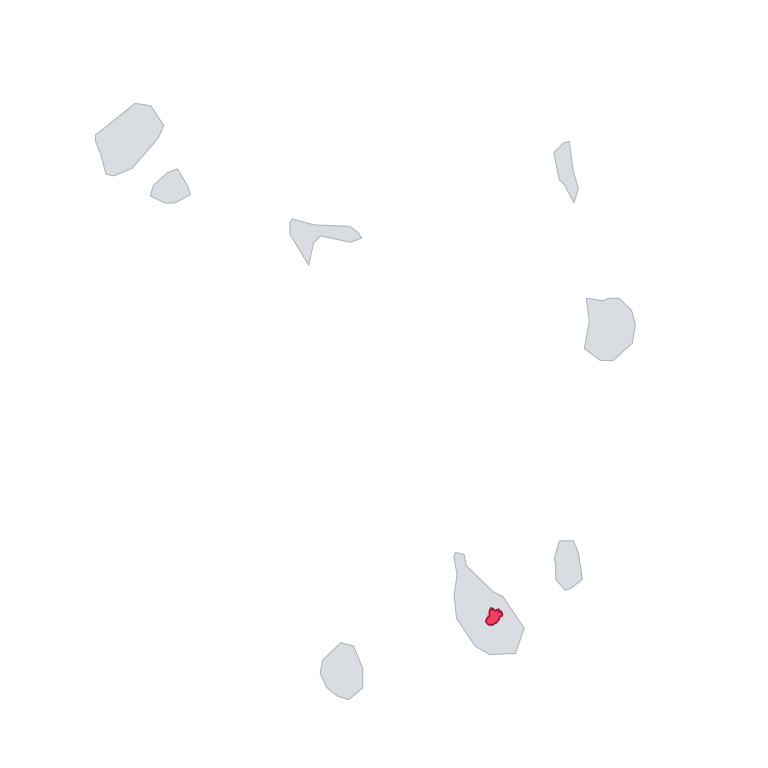 Sao Lourenco Dos Orgaos, São Salvador do Mundo, Cabo Verde shown in context, rotated 353°
{"feature_id": "66160863B72941798312267", "entity_name": "Sao Lourenco Dos Orgaos", "entity_type": "district", "adm_level": 2, "iso_a3": "CPV", "parent_name": "Cabo Verde", "parent_adm1": "São Salvador do Mundo", "projection": "equal_earth", "projection_center": [-23.584, 15.067], "detail": "fine", "context": "in_parent", "style": "filled", "palette": "rose", "viewbox_px": 768, "rotation_deg": 353, "n_neighbors": 0, "source": "geoboundaries", "source_scale": "gbopen_adm2", "svg_char_len": 4558}
<svg xmlns="http://www.w3.org/2000/svg" viewBox="0 0 768 768"><g transform="rotate(353 384 384)"><path d="M493.4,643.4L481.7,667.4L456.0,665.5L442.8,655.6L427.4,625.5L427.9,602.2L433.3,582.0L432.3,564.5L434.5,559.9L442.5,562.9L443.7,574.7L467.1,603.6L475.8,609.2L493.4,643.4ZM160.2,139.2L141.4,144.5L133.5,141.9L130.9,121.3L127.2,107.7L128.1,101.7L171.3,75.1L186.5,79.5L197.0,100.7L189.8,112.5L160.2,139.2ZM595.2,323.4L611.3,328.1L617.4,326.4L627.7,327.4L638.7,341.1L640.8,355.6L635.4,373.8L614.0,388.7L601.7,386.9L587.2,373.3L595.5,346.5L595.2,323.4ZM325.8,683.0L310.7,692.9L300.2,688.6L290.2,678.3L285.4,663.4L289.3,650.7L309.7,635.5L321.8,640.4L328.3,663.9L325.8,683.0ZM369.0,223.3L377.0,230.9L379.6,236.4L367.8,239.2L339.0,229.3L331.3,235.4L323.7,256.9L309.1,224.3L310.1,212.4L313.2,208.9L333.6,217.5L369.0,223.3ZM544.2,609.8L538.8,610.8L530.7,599.1L532.5,582.8L531.6,578.5L538.8,561.2L552.8,562.7L556.4,575.5L557.1,602.1L544.2,609.8ZM214.7,172.5L198.9,178.7L189.1,177.9L175.0,168.8L179.4,158.8L194.7,147.8L205.3,145.5L213.8,165.1L214.7,172.5ZM600.7,213.8L594.6,227.1L587.0,207.5L582.9,202.9L580.8,174.9L592.0,166.5L597.5,165.8L597.7,194.8L600.7,213.8Z" fill="#d9dde1" stroke="#a8b0b8" stroke-width="1"/><path d="M463.7,619.7L463.4,619.4L463.2,619.5L463.2,619.4L462.8,619.4L462.8,619.6L462.8,619.8L462.8,620.0L462.5,620.3L462.4,620.4L462.2,620.6L461.9,620.7L461.8,620.8L461.6,620.9L461.6,621.0L461.4,621.3L461.3,621.5L461.2,621.7L461.1,621.8L461.0,622.0L460.9,622.2L461.0,622.6L461.0,622.8L461.2,623.1L460.8,623.4L460.7,623.5L460.5,623.8L460.6,624.0L460.7,624.3L460.6,624.6L460.5,624.9L460.5,625.0L460.7,625.3L460.9,625.5L461.0,625.6L460.9,625.9L460.8,626.0L460.6,626.1L460.5,626.5L460.3,626.9L460.3,627.0L459.9,627.1L459.6,627.4L459.5,627.5L459.4,627.6L459.3,627.9L459.2,627.8L459.2,628.0L458.9,628.0L458.7,628.3L458.5,628.5L458.4,628.5L458.2,628.6L457.9,628.6L457.7,628.7L457.7,628.9L457.7,629.1L457.5,629.4L457.5,629.7L457.5,629.8L457.4,630.0L457.2,630.0L456.9,630.2L456.7,630.4L456.5,630.6L456.4,630.8L456.3,631.6L456.2,632.0L456.3,632.0L456.5,632.6L456.5,633.0L456.8,633.4L456.8,633.5L456.9,633.9L456.9,634.0L457.0,634.1L457.3,634.3L457.4,634.5L457.6,634.8L457.9,635.2L458.0,635.4L458.3,635.5L458.5,635.6L458.8,635.7L458.9,635.8L459.0,635.8L459.3,636.0L459.4,635.9L459.5,636.0L459.6,635.9L459.9,635.9L460.0,636.0L460.3,636.0L460.5,635.9L460.5,636.0L460.8,636.1L461.0,636.1L461.2,636.5L461.3,636.6L461.5,636.5L461.8,636.4L462.0,636.3L462.3,636.5L462.5,636.6L462.8,636.4L463.0,636.3L463.0,636.0L463.0,635.9L463.0,635.7L463.3,635.7L463.6,635.7L463.8,635.7L464.0,635.5L464.1,635.4L464.3,635.4L464.5,635.3L464.5,635.2L464.9,634.9L465.1,634.9L465.3,634.8L465.5,634.8L465.6,634.7L465.6,634.8L465.8,634.8L465.9,635.0L466.0,635.0L466.0,634.9L466.2,634.7L466.3,634.5L466.6,634.3L466.8,634.2L467.1,634.0L467.4,633.9L467.5,633.7L468.0,633.2L468.2,632.9L468.3,632.7L468.5,632.7L468.8,632.4L469.1,632.3L469.1,632.2L469.3,632.1L469.4,631.9L469.5,631.8L469.5,631.7L469.8,631.3L469.6,631.3L469.6,631.0L469.6,630.7L469.8,630.5L469.8,630.4L469.9,630.2L470.0,630.0L470.2,629.8L470.2,629.7L470.4,629.6L470.5,629.4L470.6,629.2L470.8,629.1L471.2,629.1L471.3,628.9L471.4,628.7L471.5,628.7L471.8,628.5L472.0,628.6L472.3,628.4L472.5,628.5L472.8,628.7L473.0,628.5L473.0,628.4L473.1,628.2L473.3,627.9L473.2,627.5L473.2,627.4L473.2,627.2L473.4,627.2L473.4,626.9L473.3,626.7L473.5,626.6L473.5,626.4L473.5,626.0L473.4,625.9L473.4,625.7L473.3,625.4L473.2,625.2L472.9,625.0L472.9,624.9L472.8,624.7L472.6,624.8L472.4,624.8L472.3,624.7L472.2,624.5L471.9,624.4L471.8,624.2L471.7,624.0L471.8,623.9L471.7,623.9L471.6,623.6L471.4,623.8L471.1,623.8L470.9,623.9L470.7,623.9L470.4,624.0L470.2,624.1L469.8,624.1L469.8,623.9L469.9,623.7L469.9,623.3L469.9,623.2L470.0,623.1L470.2,622.8L470.2,622.7L470.3,622.6L470.3,622.4L470.5,622.2L470.5,621.8L470.5,621.7L470.4,621.5L470.4,621.4L470.2,621.4L470.1,621.5L469.9,621.7L469.8,621.9L469.7,621.9L469.4,622.0L469.2,622.0L469.1,621.9L468.8,621.7L468.7,621.7L468.4,621.8L468.4,622.0L468.1,622.1L467.9,622.2L467.8,622.4L467.7,622.4L467.4,622.5L467.1,622.7L467.0,622.9L466.8,623.1L466.7,623.1L466.3,623.0L466.2,623.1L466.3,622.9L466.3,622.7L466.2,622.4L466.2,622.2L466.2,621.9L465.9,621.7L465.7,621.4L465.6,621.2L465.4,620.7L465.2,620.9L464.8,620.9L464.7,620.9L464.6,621.0L464.6,620.9L464.5,621.0L464.4,621.0L464.2,621.1L463.9,621.1L463.7,620.8L463.5,620.6L463.4,620.5L463.3,620.4L463.2,620.4L463.3,620.3L463.2,620.2L463.3,620.2L463.4,619.9L463.5,620.0L463.6,619.9L463.6,619.7L463.7,619.7Z" fill="#f43f5e" stroke="#9f1239" stroke-width="1.5"/></g></svg>